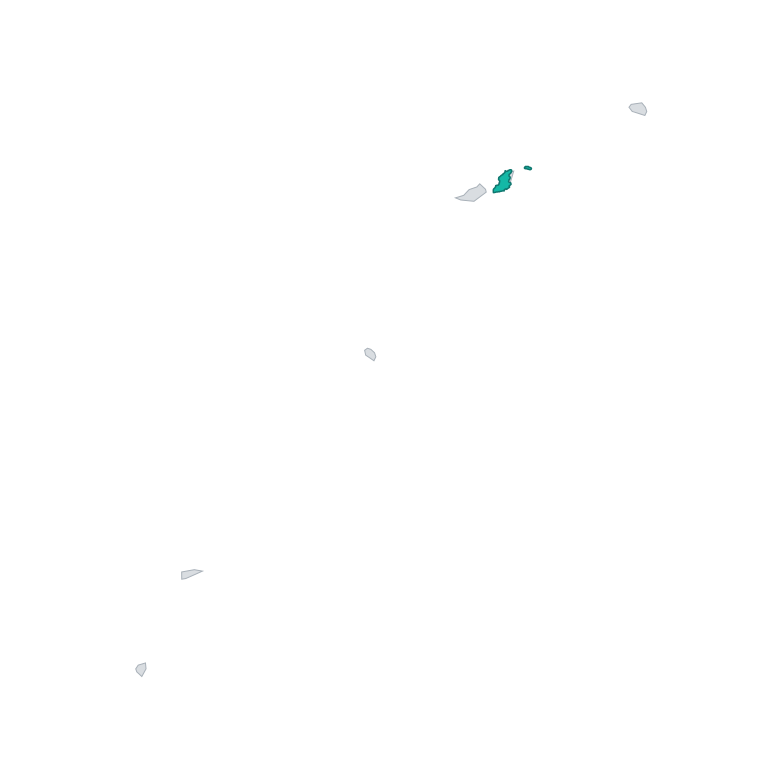 Tinian, Tinian, Northern Mariana Islands shown in context, rotated 216°
{"feature_id": "39175420B24162802066299", "entity_name": "Tinian", "entity_type": "district", "adm_level": 2, "iso_a3": "MNP", "parent_name": "Northern Mariana Islands", "parent_adm1": "Tinian", "projection": "albers", "projection_center": [145.616, 14.971], "detail": "fine", "context": "in_parent", "style": "filled", "palette": "teal", "viewbox_px": 768, "rotation_deg": 216, "n_neighbors": 0, "source": "geoboundaries", "source_scale": "gbopen_adm2", "svg_char_len": 4009}
<svg xmlns="http://www.w3.org/2000/svg" viewBox="0 0 768 768"><g transform="rotate(216 384 384)"><path d="M424.7,598.0L424.2,602.2L416.3,601.2L414.1,599.3L418.6,584.7L430.0,578.0L435.6,576.6L430.4,583.5L429.4,591.3L424.7,598.0ZM410.7,624.3L404.2,632.5L399.7,619.7L398.9,614.5L404.8,609.8L408.4,609.9L410.7,624.3ZM348.4,755.5L340.7,763.0L335.1,761.5L331.6,758.9L330.8,754.6L343.4,750.4L348.5,751.9L348.4,755.5ZM428.3,122.3L420.9,125.9L430.1,110.0L432.9,107.2L437.2,113.0L428.3,122.3ZM417.6,12.1L413.0,18.1L409.1,13.7L408.0,5.0L414.8,5.8L417.4,7.6L417.6,12.1ZM418.4,403.2L415.0,404.3L410.0,403.7L406.6,401.2L405.8,396.9L415.8,396.6L419.5,399.9L418.4,403.2Z" fill="#d9dde1" stroke="#a8b0b8" stroke-width="1"/><path d="M398.1,616.7L398.2,616.9L398.2,617.1L398.4,617.2L398.4,617.3L398.6,617.4L398.8,617.4L399.0,617.5L399.2,617.9L399.2,618.0L398.9,618.6L398.8,619.1L398.8,619.3L398.6,619.9L398.6,620.2L398.7,620.4L398.9,620.5L399.1,620.6L399.3,620.9L399.5,621.0L399.8,621.2L400.0,621.1L400.4,621.2L400.5,621.1L400.8,620.9L401.0,620.8L401.4,620.8L401.8,620.8L402.2,621.0L402.3,621.1L402.4,621.4L402.4,621.5L402.5,621.9L402.5,622.1L402.7,622.3L402.8,622.4L402.9,622.5L402.9,622.8L402.9,623.0L402.8,623.4L402.8,623.5L402.7,623.7L402.7,623.8L402.8,623.9L402.9,624.5L403.0,624.7L403.1,624.9L403.5,625.5L404.4,625.7L405.1,625.7L405.3,626.1L405.6,626.4L405.7,626.6L405.7,626.8L405.8,626.9L405.9,627.0L405.9,627.3L405.7,628.0L405.5,628.3L405.4,629.1L405.5,629.2L405.6,629.4L405.5,629.5L405.5,629.9L405.5,630.2L405.8,630.8L405.7,630.9L405.8,631.3L406.0,631.6L406.3,631.9L406.5,632.0L407.1,632.0L407.3,631.9L408.0,631.4L408.3,630.9L408.5,630.5L408.8,630.0L409.1,629.7L409.1,629.3L409.0,629.2L409.1,628.9L409.3,628.6L409.5,628.5L409.6,628.3L409.7,628.2L409.8,628.2L410.2,627.9L410.3,627.8L410.5,627.8L411.1,627.9L411.3,627.7L411.1,627.1L410.8,626.8L410.7,626.5L410.5,626.2L410.7,625.8L410.7,625.5L410.7,625.2L410.8,624.9L410.9,624.7L411.0,624.5L411.2,624.1L411.2,623.9L411.1,623.7L411.0,623.4L410.9,623.3L411.0,623.1L411.2,622.9L411.3,622.9L411.4,622.6L411.5,622.3L411.6,622.0L411.7,621.8L411.8,621.5L411.9,621.3L411.9,620.7L412.0,620.3L412.0,620.2L412.1,619.9L412.2,619.6L412.3,619.5L412.4,618.9L412.5,618.8L412.5,618.5L412.3,618.2L412.1,618.0L412.1,617.7L411.6,616.9L411.3,616.6L411.0,616.5L410.7,616.5L410.2,616.6L409.9,616.5L409.7,616.2L409.4,615.7L409.3,615.2L409.1,615.1L408.9,614.6L408.8,614.4L408.8,614.2L408.6,614.0L408.4,613.1L408.4,612.9L408.4,612.2L408.5,612.0L408.6,611.9L409.0,611.5L409.2,611.4L409.7,610.9L410.0,610.4L410.2,610.2L410.1,609.9L410.0,609.6L409.8,609.5L409.7,609.3L409.6,608.6L409.6,608.1L409.6,607.9L409.7,607.5L409.8,607.0L409.9,606.3L409.9,605.9L409.7,605.4L409.5,605.0L409.2,604.7L408.8,604.1L408.4,603.6L408.0,603.2L407.7,603.3L407.5,603.5L407.3,603.7L406.8,604.3L406.5,604.6L406.1,605.1L406.0,605.4L405.6,605.7L405.4,605.8L405.1,606.0L404.9,606.2L404.8,606.3L404.5,606.7L404.1,607.1L403.8,607.2L403.5,607.5L403.5,607.8L403.1,608.2L403.0,608.3L402.6,608.7L401.9,609.5L401.4,610.1L401.1,610.3L400.9,610.5L400.7,610.6L400.5,610.8L400.4,610.8L400.4,611.0L400.6,611.2L400.8,611.2L400.8,611.3L400.8,611.6L400.6,611.9L400.5,612.2L400.6,612.4L400.5,612.9L400.2,613.2L400.2,613.3L399.9,613.4L399.7,613.5L399.3,613.5L399.2,613.6L399.1,613.8L399.0,614.2L399.1,614.4L398.9,614.6L398.7,615.3L398.5,615.7L398.5,615.8L398.4,616.0L398.2,616.4L398.2,616.5L398.1,616.7ZM391.2,644.5L391.5,645.1L392.1,645.3L392.4,645.3L392.5,645.3L392.8,645.2L393.1,645.1L393.4,645.0L393.6,644.9L393.8,644.9L394.0,644.8L394.1,644.7L394.3,644.7L394.6,644.7L395.0,644.8L395.1,644.7L395.5,644.5L396.6,643.7L396.9,643.5L397.0,643.4L397.0,643.2L397.3,643.2L397.5,642.7L397.5,642.4L397.6,642.2L397.5,641.5L397.4,641.3L396.9,641.1L396.7,641.1L396.5,641.3L396.2,641.4L395.9,641.4L395.7,641.5L395.6,641.8L395.3,641.9L395.0,642.0L394.2,642.2L394.0,642.4L393.6,642.5L393.2,642.7L392.7,642.8L392.4,642.9L392.2,643.0L391.9,643.2L391.7,643.3L391.4,643.7L391.2,644.2L391.2,644.5Z" fill="#14b8a6" stroke="#0f766e" stroke-width="1.5"/></g></svg>